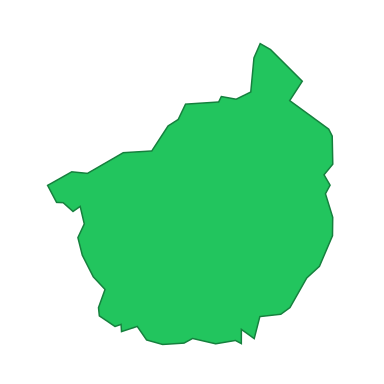 the district of Zajas, Zajas, North Macedonia, rotated 96°
{"feature_id": "65306769B7192425425597", "entity_name": "Zajas", "entity_type": "district", "adm_level": 2, "iso_a3": "MKD", "parent_name": "North Macedonia", "parent_adm1": "Zajas", "projection": "albers", "projection_center": [20.901, 41.603], "detail": "fine", "context": "isolated", "style": "filled", "palette": "green", "viewbox_px": 384, "rotation_deg": 96, "n_neighbors": 0, "source": "geoboundaries", "source_scale": "gbopen_adm2", "svg_char_len": 808}
<svg xmlns="http://www.w3.org/2000/svg" viewBox="0 0 384 384"><g transform="rotate(96 192 192)"><path d="M200.5,336.3L216.5,325.6L216.1,319.0L223.8,308.3L218.0,301.7L235.0,295.8L249.3,300.7L266.3,294.5L286.7,281.3L298.0,268.3L316.8,272.9L324.9,271.2L333.8,254.5L331.1,248.7L338.2,247.5L331.4,232.4L343.9,221.7L346.7,205.3L343.1,184.1L337.6,176.1L340.5,152.6L335.1,133.3L337.6,127.1L323.5,128.5L331.3,114.8L308.8,111.5L304.3,90.9L296.7,82.5L265.5,68.9L252.6,57.5L220.8,47.7L202.5,49.4L179.8,59.1L170.8,55.4L161.1,62.5L149.6,54.9L121.7,58.4L115.2,62.6L90.9,104.4L70.3,93.9L42.2,128.7L37.3,139.7L52.1,144.4L86.4,144.0L95.1,157.8L94.0,172.8L99.7,174.9L105.3,207.6L121.3,213.3L128.8,222.7L155.4,236.3L160.1,264.5L184.4,297.9L184.5,313.7L200.5,336.3Z" fill="#22c55e" stroke="#15803d" stroke-width="1.5"/></g></svg>